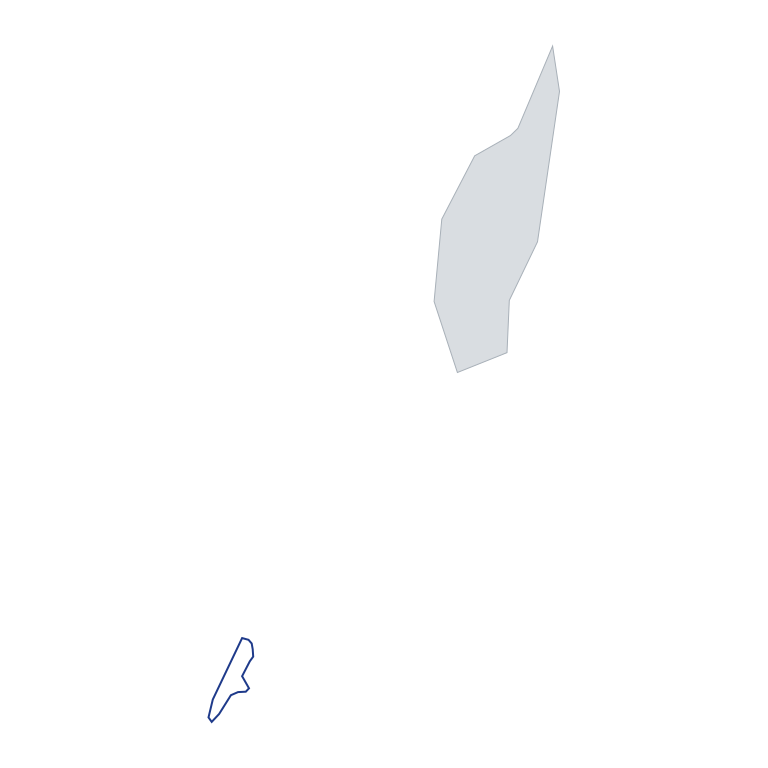 where Peleliu sits in Palau
{"feature_id": "PLW-5258", "entity_name": "Peleliu", "entity_type": "state/province", "adm_level": 1, "iso_a3": "PLW", "parent_name": "Palau", "parent_adm1": "", "projection": "robinson", "projection_center": [134.266, 7.029], "detail": "fine", "context": "in_parent", "style": "outline", "palette": "blue", "viewbox_px": 768, "rotation_deg": 0, "n_neighbors": 0, "source": "natural_earth", "source_scale": "10m", "svg_char_len": 523}
<svg xmlns="http://www.w3.org/2000/svg" viewBox="0 0 768 768"><path d="M507.0,352.6L457.4,372.5L434.1,301.5L441.8,219.1L474.7,155.8L510.5,135.5L517.9,128.3L552.6,46.1L559.5,91.4L537.5,241.8L509.3,300.4L507.0,352.6Z" fill="#d9dde1" stroke="#a8b0b8" stroke-width="1"/><path d="M242.1,638.1L248.5,639.8L251.7,643.5L252.7,649.2L253.2,656.6L249.8,661.3L242.1,676.2L249.0,688.3L245.8,691.7L238.0,692.1L230.9,695.2L219.1,714.0L211.7,721.9L208.5,717.4L212.8,699.5L242.1,638.1Z" fill="none" stroke="#1e3a8a" stroke-width="2"/></svg>